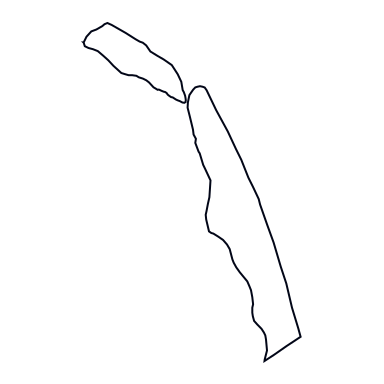 outline of Matagi, Tuvalu
{"feature_id": "33948139B5264150563840", "entity_name": "Matagi", "entity_type": "district", "adm_level": 2, "iso_a3": "TUV", "parent_name": "Tuvalu", "parent_adm1": "", "projection": "equal_earth", "projection_center": [176.119, -5.669], "detail": "fine", "context": "isolated", "style": "outline", "palette": "ink", "viewbox_px": 384, "rotation_deg": 0, "n_neighbors": 0, "source": "geoboundaries", "source_scale": "gbopen_adm2", "svg_char_len": 1682}
<svg xmlns="http://www.w3.org/2000/svg" viewBox="0 0 384 384"><path d="M264.7,359.5L264.5,361.0L274.2,354.7L286.5,346.1L300.6,336.8L298.2,328.1L292.0,307.7L286.3,283.5L280.7,266.5L273.6,242.5L267.4,225.4L260.1,204.6L258.7,199.0L253.0,186.9L248.4,177.7L241.3,159.8L236.0,149.1L227.8,131.5L216.2,110.2L206.6,90.2L204.7,87.5L202.5,86.7L200.0,86.2L197.6,86.7L195.3,87.4L193.2,89.6L190.9,92.9L189.4,95.1L188.7,98.4L187.9,102.4L187.6,107.7L189.9,116.8L193.0,129.7L193.6,134.6L195.9,138.8L195.3,142.9L198.6,151.7L199.7,153.3L203.2,164.9L205.0,168.6L210.5,180.4L209.4,197.2L207.9,203.9L206.5,211.2L205.7,214.8L206.2,219.5L209.0,231.4L211.3,233.0L213.4,233.6L218.2,236.6L223.1,240.0L227.0,244.5L229.7,249.1L232.4,259.4L233.7,262.7L236.3,267.4L239.8,272.3L247.3,281.4L249.3,286.0L251.0,290.2L252.3,297.2L253.1,304.3L252.3,307.7L252.3,312.7L252.8,316.1L254.1,320.9L257.2,324.4L261.5,328.8L263.9,332.5L265.3,335.4L266.0,339.5L267.0,350.5L264.7,359.5ZM83.7,42.4L83.4,42.4L83.7,42.7L84.8,46.2L88.5,48.0L93.0,49.2L97.8,51.1L103.1,55.6L108.2,60.2L113.5,65.9L121.3,73.0L125.5,74.3L128.6,75.2L132.2,75.2L136.4,75.8L138.8,77.3L142.9,78.6L146.3,80.3L149.0,82.4L153.5,87.3L154.0,87.6L155.7,88.6L157.6,89.8L158.2,89.6L159.2,89.7L161.5,90.8L163.7,91.7L165.1,92.0L166.6,93.0L167.7,94.6L169.2,95.8L171.1,97.1L172.7,97.4L175.9,99.5L177.6,100.3L179.8,101.1L182.4,102.5L184.3,102.8L185.5,102.1L185.8,100.2L185.5,97.9L185.1,95.7L183.8,92.1L182.7,90.1L181.3,81.8L177.7,74.2L171.8,65.1L163.6,59.4L157.7,56.0L150.4,51.5L146.2,45.4L142.8,42.7L139.7,41.6L135.7,39.3L125.6,32.9L111.6,24.9L107.3,23.0L104.5,24.2L102.3,26.1L96.4,29.5L91.3,31.4L86.5,36.7L83.7,42.4Z" fill="none" stroke="#020617" stroke-width="2"/></svg>